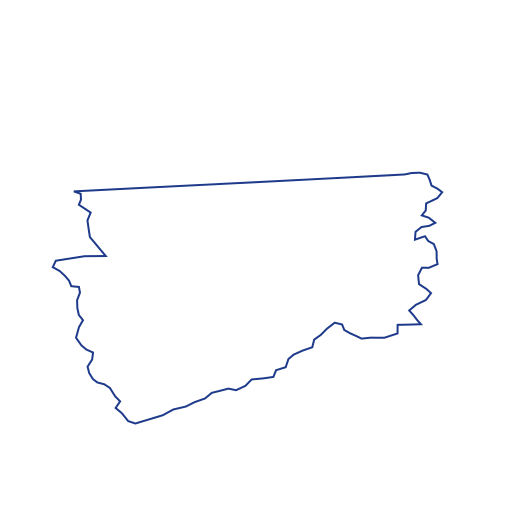 Fagundes, Paraíba, Brazil, rotated 251°
{"feature_id": "56859067B80909638859230", "entity_name": "Fagundes", "entity_type": "district", "adm_level": 2, "iso_a3": "BRA", "parent_name": "Brazil", "parent_adm1": "Paraíba", "projection": "equal_earth", "projection_center": [-35.795, -7.4], "detail": "fine", "context": "isolated", "style": "outline", "palette": "blue", "viewbox_px": 512, "rotation_deg": 251, "n_neighbors": 0, "source": "geoboundaries", "source_scale": "gbopen_adm2", "svg_char_len": 1479}
<svg xmlns="http://www.w3.org/2000/svg" viewBox="0 0 512 512"><g transform="rotate(251 256 256)"><path d="M283.8,430.2L284.7,423.1L320.9,297.0L357.4,170.8L376.4,104.8L371.9,110.5L366.3,108.9L362.1,105.2L350.9,113.8L344.5,108.2L334.6,106.3L328.0,105.1L304.9,113.9L311.6,93.9L316.7,65.2L311.6,60.2L305.7,65.5L299.4,68.9L293.5,71.2L287.6,71.5L284.4,78.5L278.6,77.6L272.4,72.4L264.8,70.1L257.9,69.3L251.6,71.5L246.4,65.5L237.3,59.2L228.4,61.8L222.8,65.1L217.8,70.5L211.5,67.4L206.2,60.7L199.5,60.2L192.8,61.7L188.1,64.8L184.1,70.8L178.8,74.9L169.3,77.1L162.8,80.2L158.0,73.8L151.0,78.0L141.5,81.4L136.9,87.4L135.8,116.1L137.8,127.9L136.5,140.7L137.8,150.4L137.9,161.4L141.0,169.7L140.3,177.6L139.6,186.7L135.6,193.5L136.7,203.8L140.7,211.7L137.9,223.1L136.0,233.1L141.5,237.8L141.2,247.9L148.0,253.1L150.5,259.5L151.4,269.7L151.4,279.5L158.0,283.8L160.3,291.6L164.2,299.5L167.3,308.7L163.2,315.1L157.3,315.4L152.5,319.6L148.3,324.1L143.5,329.0L141.5,337.6L136.9,350.9L136.7,364.6L144.8,367.5L141.5,377.7L137.8,389.7L143.0,387.5L148.7,385.6L154.6,383.1L157.8,391.3L159.1,402.4L163.9,409.4L169.5,406.3L176.3,401.0L185.0,403.0L190.9,409.1L188.6,415.5L189.2,425.0L194.8,426.0L201.7,428.3L209.4,428.0L214.1,423.7L219.7,422.2L219.7,411.6L226.9,414.7L229.5,421.9L228.1,429.7L229.0,436.3L236.0,431.8L240.4,426.0L243.8,431.3L250.3,434.0L251.7,446.3L255.7,452.8L260.7,449.4L265.4,444.9L271.8,445.0L277.2,444.6L281.4,438.1L283.8,430.2Z" fill="none" stroke="#1e3a8a" stroke-width="2"/></g></svg>